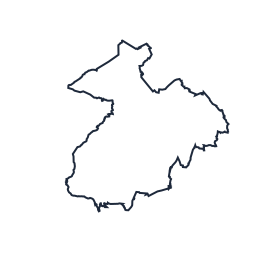 Perote, Veracruz, Mexico (orthographic projection), rotated 143°
{"feature_id": "50627088B6133554619555", "entity_name": "Perote", "entity_type": "district", "adm_level": 2, "iso_a3": "MEX", "parent_name": "Mexico", "parent_adm1": "Veracruz", "projection": "orthographic", "projection_center": [-97.275, 19.511], "detail": "fine", "context": "isolated", "style": "outline", "palette": "slate", "viewbox_px": 256, "rotation_deg": 143, "n_neighbors": 0, "source": "geoboundaries", "source_scale": "gbopen_adm2", "svg_char_len": 5692}
<svg xmlns="http://www.w3.org/2000/svg" viewBox="0 0 256 256"><g transform="rotate(143 128 128)"><path d="M120.2,195.1L121.9,196.3L125.2,197.4L125.2,197.5L127.6,197.5L128.6,197.9L130.1,197.5L130.4,197.2L130.7,197.5L132.1,197.7L133.2,197.0L134.7,196.5L135.6,196.8L136.1,196.4L142.2,196.8L142.9,197.1L143.9,196.7L147.8,196.8L148.8,197.6L149.6,197.9L150.1,197.7L151.6,195.9L148.8,192.1L148.3,190.1L144.6,185.3L141.7,184.2L138.0,177.3L136.8,172.7L135.1,171.2L134.9,170.4L132.8,169.8L132.5,168.8L131.8,168.3L131.4,167.8L131.2,167.3L131.6,166.8L131.6,166.2L132.4,165.6L132.4,165.2L131.6,165.0L131.0,165.5L130.0,165.8L130.0,165.4L129.6,164.9L129.6,164.6L129.2,164.1L128.7,163.9L128.6,163.2L127.6,161.9L126.4,161.0L123.9,159.6L123.8,159.3L125.1,157.3L125.1,156.4L125.5,156.0L126.7,156.2L127.4,155.5L127.5,154.7L128.7,153.8L129.0,153.2L129.0,152.0L129.4,151.3L130.2,151.4L130.4,151.6L131.1,151.5L131.7,150.5L131.7,149.8L131.4,149.1L131.5,148.7L131.7,148.3L132.6,149.4L133.6,149.7L134.8,150.7L135.6,150.9L135.5,149.0L136.0,148.5L137.6,149.4L138.4,150.3L139.4,150.4L140.3,149.8L140.5,150.1L141.4,149.5L141.8,149.2L141.7,149.0L141.8,148.8L142.9,148.1L143.7,148.1L144.9,147.7L145.3,147.3L147.8,148.0L149.8,147.5L150.5,147.5L150.9,148.0L151.8,147.9L152.0,147.5L152.3,147.6L152.5,147.4L152.1,146.4L152.1,145.8L153.5,145.1L154.9,145.3L156.9,146.1L157.4,146.5L158.4,146.6L158.7,146.4L160.3,146.5L162.2,146.2L163.4,146.4L163.8,146.2L165.6,144.8L167.2,144.1L167.7,144.0L168.6,142.9L169.3,142.5L172.5,143.1L175.3,142.4L176.1,142.6L177.1,142.1L179.1,142.8L179.8,143.2L187.7,140.4L188.6,138.1L191.9,133.5L191.9,132.1L193.5,129.4L195.4,127.6L196.8,127.3L197.7,125.4L198.5,124.8L200.7,124.0L201.9,123.3L202.9,123.4L204.8,124.0L206.0,123.8L207.6,124.2L207.6,123.8L208.0,123.2L208.5,123.3L208.5,122.5L208.9,122.6L208.9,122.3L209.0,122.3L209.3,121.7L209.8,121.3L209.6,122.3L210.2,122.2L210.3,121.8L210.0,121.1L210.8,120.8L211.3,120.3L211.3,119.8L210.8,118.8L211.0,116.6L212.9,115.4L213.5,114.1L213.8,112.1L213.2,110.1L213.4,108.8L213.3,108.2L212.4,106.9L211.3,106.0L209.2,103.5L208.5,103.3L207.6,102.4L205.9,101.2L205.0,100.2L204.3,99.9L204.0,99.4L203.8,98.3L202.4,95.8L201.6,95.3L200.4,95.0L199.5,93.8L199.0,92.9L198.7,91.8L199.1,89.5L199.5,87.9L199.9,87.7L200.5,86.3L199.3,86.4L199.1,85.8L200.1,84.4L200.1,82.5L201.2,80.5L201.4,79.0L200.6,78.9L200.1,79.8L200.1,80.6L199.9,80.9L199.2,81.4L198.7,82.0L197.8,82.2L196.7,83.1L196.5,83.8L195.3,84.4L195.0,84.2L195.7,82.9L195.8,81.5L195.4,80.9L194.2,80.6L194.1,78.7L193.0,77.9L192.5,77.5L192.9,80.6L192.5,82.1L192.2,82.2L191.6,81.2L190.2,79.7L189.7,79.6L189.1,80.3L188.9,79.6L188.0,78.2L187.5,77.7L181.6,73.5L180.3,73.0L178.0,70.8L178.9,70.9L178.4,69.2L178.6,69.2L178.4,67.6L178.5,67.3L178.8,67.4L178.9,66.8L178.7,66.7L178.6,66.2L179.4,64.3L179.0,63.6L177.2,62.1L176.7,62.2L174.8,62.6L173.2,62.9L171.4,63.6L170.7,64.3L168.7,66.8L168.2,67.3L166.7,68.0L166.0,67.5L165.6,67.8L166.0,68.1L165.6,68.7L159.8,71.9L157.7,70.0L157.8,69.2L152.6,64.6L153.9,64.0L152.0,63.4L152.5,61.3L142.6,59.6L138.8,57.9L132.6,55.6L132.6,54.7L131.3,55.1L130.5,54.8L130.7,55.6L130.0,55.3L130.2,56.3L129.6,56.0L129.8,57.0L128.9,56.6L129.0,57.1L127.9,57.6L128.1,58.2L127.3,59.0L125.6,60.6L124.3,61.3L124.6,63.6L124.0,64.0L124.4,64.8L121.3,67.8L121.1,67.7L119.6,69.0L120.0,69.2L118.5,70.6L118.0,70.2L117.3,71.0L116.6,70.3L115.9,70.9L114.9,71.3L110.7,72.1L108.6,72.9L106.0,74.4L106.9,70.2L108.2,66.7L106.7,65.0L107.4,64.4L107.7,63.8L105.3,61.6L104.7,61.9L104.2,61.7L101.7,62.2L101.4,62.8L100.9,63.1L101.3,63.1L101.1,63.4L100.3,63.3L99.1,64.2L97.2,65.0L95.7,66.8L89.2,71.6L87.4,72.2L86.1,72.9L86.1,72.7L84.7,73.7L85.1,72.5L84.7,71.4L83.6,70.5L83.2,69.8L83.4,69.0L82.8,68.1L82.1,67.8L81.8,67.2L81.2,66.9L81.2,67.1L80.7,66.0L80.6,65.1L81.0,65.2L80.6,65.0L80.9,64.5L80.6,64.3L79.3,66.9L79.0,66.7L78.4,67.5L77.9,67.6L77.8,68.6L77.3,68.1L77.3,67.4L76.5,66.7L75.1,66.0L73.8,65.7L72.3,64.6L71.6,63.0L70.6,62.4L69.7,61.1L68.5,60.4L68.2,61.1L68.0,63.0L67.4,64.4L66.3,65.1L64.6,64.8L63.5,65.2L63.2,65.6L63.4,66.5L62.7,67.2L62.7,67.5L62.3,67.6L62.4,68.1L61.7,68.1L61.2,68.6L59.7,69.7L58.3,71.2L57.7,70.1L57.2,69.7L57.1,68.6L56.8,68.7L56.4,68.6L55.6,67.6L54.5,67.1L53.0,66.9L53.1,66.5L51.3,64.4L51.0,64.9L50.3,64.8L50.1,65.5L49.3,66.6L49.2,67.5L48.9,68.4L48.1,69.2L47.6,70.0L46.0,70.7L45.8,71.0L45.4,70.9L45.8,73.6L45.0,75.4L45.3,76.5L45.4,78.6L44.7,78.6L44.8,79.1L44.7,79.5L44.4,79.6L43.7,79.4L43.5,79.7L43.9,81.1L43.4,82.0L42.8,84.1L42.2,84.9L42.2,85.6L42.2,85.9L42.7,86.1L43.5,86.0L43.6,86.6L44.0,86.7L44.2,87.1L44.4,88.6L44.3,90.2L44.5,92.2L44.0,92.5L45.9,96.3L45.9,100.8L45.5,101.7L45.4,102.9L46.0,111.2L46.9,110.2L47.9,110.3L48.2,109.9L48.8,110.6L47.9,111.5L49.1,112.2L54.8,113.6L53.5,114.3L56.9,120.0L56.1,120.8L56.6,121.2L55.8,122.0L57.0,124.5L58.6,125.5L58.4,125.7L58.5,126.5L58.1,127.1L58.7,127.4L59.2,130.1L58.9,130.5L58.2,130.2L57.5,131.2L57.6,132.2L56.7,133.4L57.5,133.9L57.3,136.1L60.1,137.5L62.3,138.0L69.9,137.5L72.7,137.1L74.7,136.6L77.6,138.0L79.8,140.1L82.3,137.7L84.0,139.6L84.2,142.2L86.1,142.2L86.8,160.5L85.6,162.3L85.2,161.6L83.6,161.9L83.3,162.5L83.3,162.9L84.0,163.3L83.6,164.3L83.3,164.2L82.9,164.8L83.6,164.4L83.9,164.6L83.7,165.2L84.1,165.4L83.0,167.9L82.8,168.7L81.9,169.6L81.5,170.6L79.6,169.4L78.1,169.2L76.3,170.8L75.6,170.9L75.1,170.7L74.1,171.2L72.1,170.7L69.8,171.7L69.1,170.6L64.8,172.5L63.5,178.5L61.0,177.8L61.7,178.3L62.1,179.5L62.1,180.4L62.6,181.8L62.1,182.8L62.2,183.3L62.7,183.4L62.6,184.2L70.4,185.7L70.0,184.7L72.9,185.2L73.3,186.3L74.1,186.5L79.9,201.2L80.2,201.3L80.9,200.3L81.7,199.9L82.9,200.4L84.1,200.0L85.4,200.1L85.9,199.9L91.5,192.2L103.5,192.6L117.4,194.0L118.0,193.0L118.5,192.7L118.7,193.4L120.2,195.1Z" fill="none" stroke="#1e293b" stroke-width="2"/></g></svg>